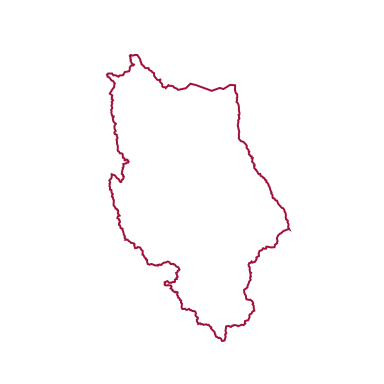 Calingasta, San Juan, Argentina, rotated 338°
{"feature_id": "61730980B6490927359782", "entity_name": "Calingasta", "entity_type": "district", "adm_level": 2, "iso_a3": "ARG", "parent_name": "Argentina", "parent_adm1": "San Juan", "projection": "orthographic", "projection_center": [-70.115, -31.449], "detail": "fine", "context": "isolated", "style": "outline", "palette": "rose", "viewbox_px": 384, "rotation_deg": 338, "n_neighbors": 0, "source": "geoboundaries", "source_scale": "gbopen_adm2", "svg_char_len": 6062}
<svg xmlns="http://www.w3.org/2000/svg" viewBox="0 0 384 384"><g transform="rotate(338 192 192)"><path d="M186.8,42.1L185.5,42.2L185.2,43.2L185.6,44.1L184.8,45.1L185.0,46.2L184.9,46.7L184.3,46.9L184.1,47.9L184.5,50.8L185.9,52.1L185.2,52.7L182.9,52.0L181.1,53.0L180.0,55.4L178.9,56.5L174.6,55.6L171.8,57.9L168.4,56.8L167.1,57.6L164.8,55.1L162.7,54.3L162.3,52.2L158.4,50.7L157.0,51.5L157.3,52.4L156.9,53.5L158.3,54.9L159.3,58.7L160.3,59.3L161.1,62.4L160.4,62.9L159.0,65.8L157.5,66.4L152.6,70.0L154.3,72.6L152.9,74.5L153.1,75.3L152.4,75.8L153.1,77.5L151.2,78.5L151.2,80.2L149.7,81.6L149.7,83.7L149.2,84.7L147.8,85.5L147.7,87.1L146.9,88.2L146.5,91.5L147.7,92.4L147.3,93.3L146.2,93.7L145.6,96.6L145.9,98.3L147.0,100.2L145.3,101.3L144.5,102.4L143.9,104.5L144.1,106.8L142.4,107.6L142.1,109.2L143.7,110.7L143.3,111.6L143.3,113.2L142.9,114.5L141.6,115.1L141.6,116.5L140.6,118.7L140.4,121.7L138.7,125.6L138.7,126.3L139.4,127.2L139.6,129.0L141.3,129.9L141.9,130.9L140.8,134.2L141.4,134.4L141.9,135.8L141.4,137.3L142.3,137.8L142.9,137.3L143.7,137.5L144.4,138.5L144.6,140.2L143.8,140.8L142.8,140.3L141.4,140.8L138.8,140.3L138.1,142.9L136.8,143.6L136.8,144.4L136.0,145.1L133.7,148.8L133.8,149.5L134.5,150.1L134.1,151.6L134.6,152.1L133.0,154.2L131.7,154.4L130.2,156.1L129.5,156.0L128.9,154.9L129.1,153.8L128.8,152.5L127.6,151.1L126.8,147.8L124.2,145.5L123.2,148.0L122.0,149.4L120.8,149.6L119.6,150.5L119.8,152.2L119.5,152.9L118.6,153.4L118.5,154.4L117.6,155.9L117.8,156.9L116.8,159.0L118.0,159.9L117.2,162.7L117.8,164.4L116.7,165.1L116.0,166.3L116.7,167.0L116.2,169.8L116.5,170.3L114.3,174.9L115.1,177.9L114.9,178.7L115.9,179.5L116.0,181.0L116.5,181.2L116.2,182.7L115.2,184.1L116.0,186.8L114.1,186.8L113.0,188.3L114.3,190.2L113.8,191.1L114.2,192.0L114.0,192.8L112.7,193.6L112.0,195.2L112.8,196.2L112.3,198.8L113.9,200.0L113.3,201.0L113.5,202.5L112.8,206.3L113.2,208.1L112.3,209.2L112.9,210.7L112.3,211.3L114.4,212.1L115.1,213.9L116.1,215.3L116.2,216.1L118.9,217.9L119.2,218.9L118.5,219.4L118.2,222.7L119.9,223.2L121.0,222.7L123.2,224.1L123.3,226.4L124.2,228.2L122.7,231.5L123.2,231.7L123.7,235.5L124.4,236.2L124.0,237.4L125.0,238.0L124.1,240.4L124.0,242.3L125.4,243.4L127.6,243.6L130.2,246.2L131.4,246.8L132.8,246.8L133.0,247.5L134.5,247.0L136.2,248.2L136.7,247.7L139.4,247.0L141.1,247.5L143.5,247.4L144.4,248.2L145.3,250.8L147.8,251.7L147.8,252.2L148.7,252.7L149.6,255.3L150.6,256.0L151.2,257.1L151.3,259.3L150.4,259.8L149.3,259.7L148.4,260.9L146.8,261.2L147.1,262.4L146.8,263.2L147.0,265.2L145.7,265.6L145.3,267.0L144.5,266.6L143.2,267.0L142.6,268.8L141.8,268.9L140.8,268.2L138.3,268.4L138.1,268.0L136.6,267.5L135.9,265.5L134.4,265.4L132.8,265.5L132.8,266.5L132.1,267.1L131.9,268.0L133.3,269.1L135.1,269.5L137.6,271.1L137.6,272.0L137.0,272.9L136.0,273.4L137.3,275.3L136.9,276.0L138.5,278.4L139.0,278.3L139.4,279.0L140.0,278.9L141.0,279.5L140.9,280.2L139.9,281.2L139.6,282.5L140.1,283.3L139.6,284.7L140.6,286.0L140.3,287.5L141.3,288.5L140.3,290.4L140.9,291.8L139.3,294.6L139.0,296.2L139.4,297.0L141.8,297.6L142.2,298.7L143.1,299.4L145.5,299.3L146.0,300.8L146.9,301.1L147.8,302.5L149.8,303.5L150.3,304.5L150.1,306.2L149.1,307.3L149.1,308.6L150.4,310.8L149.8,311.8L148.8,312.0L148.1,313.7L148.4,314.9L148.3,316.8L150.3,316.7L150.8,318.0L152.2,318.4L152.8,319.4L155.5,320.0L156.6,321.1L157.7,321.4L158.2,323.3L159.2,324.7L158.5,325.6L160.5,330.4L160.0,332.5L160.3,333.1L160.0,333.9L160.2,335.3L160.9,335.8L161.8,337.3L162.8,337.4L163.9,338.8L164.1,341.4L166.0,341.9L166.9,341.6L167.2,340.8L168.8,339.2L169.4,336.4L170.9,335.9L171.0,333.4L173.3,329.4L175.6,329.8L177.5,331.7L179.3,331.0L180.0,331.4L181.2,331.1L183.8,332.7L184.4,333.7L188.4,333.7L190.1,334.8L192.2,333.8L191.9,333.0L192.8,331.5L196.0,331.9L196.9,331.2L198.5,329.6L198.9,327.9L199.9,327.1L201.4,327.1L203.5,325.4L205.4,325.4L205.7,322.8L206.6,320.5L206.1,318.7L207.0,318.3L207.1,317.0L206.9,315.8L205.6,313.6L204.9,313.6L202.4,312.0L202.4,310.5L203.1,308.4L202.7,305.7L202.9,304.3L203.7,302.2L207.6,301.3L208.8,299.2L209.7,298.7L211.4,296.5L213.5,295.4L213.6,294.0L214.1,292.7L214.9,292.5L215.4,289.8L216.5,289.1L215.8,288.0L216.3,285.7L217.3,283.6L216.9,281.9L217.2,280.6L218.4,279.4L219.2,279.7L221.2,278.8L221.2,279.9L221.5,280.1L224.3,280.3L226.9,278.3L227.1,276.8L230.2,276.4L230.8,273.9L232.6,271.9L234.9,272.1L236.9,270.8L237.8,271.7L239.6,272.2L240.4,270.6L240.9,270.6L244.5,273.0L247.8,274.1L249.3,271.9L251.8,271.4L252.1,270.3L252.9,269.6L253.4,266.7L255.4,264.6L258.3,263.5L259.0,263.7L261.9,262.5L267.9,262.5L268.2,262.9L268.0,260.4L269.1,258.9L269.5,257.5L269.2,255.8L270.1,254.5L269.0,252.5L269.4,252.1L269.2,250.9L270.3,248.9L270.9,246.3L270.5,244.7L270.9,243.6L270.5,241.3L269.3,240.3L267.5,235.2L267.6,231.9L266.3,231.0L266.0,228.9L264.8,228.2L264.6,227.6L265.5,224.9L264.9,222.7L265.6,222.2L265.4,219.7L265.8,216.2L265.4,214.9L265.8,213.6L265.3,211.5L264.6,210.5L265.3,209.1L264.4,208.4L264.3,206.3L263.4,205.8L263.2,204.4L261.7,202.8L262.0,200.8L260.7,200.6L260.4,200.0L259.9,196.1L259.4,195.6L259.6,195.0L258.7,193.3L259.1,191.8L259.7,191.4L259.4,190.8L260.3,190.1L259.1,186.3L261.0,183.3L260.1,182.8L260.7,181.4L259.7,180.8L259.5,179.3L258.9,178.5L259.1,177.4L260.2,176.2L259.8,175.3L260.2,174.4L259.1,171.4L260.1,169.8L259.9,168.3L258.5,164.8L256.4,163.1L255.6,160.8L255.6,159.2L256.5,158.2L256.8,156.4L258.3,154.1L259.4,147.3L261.5,144.1L261.6,142.9L263.5,141.6L263.3,140.8L264.0,139.6L264.0,138.0L265.0,137.8L265.7,136.4L265.9,134.4L267.4,130.5L267.8,128.3L267.7,126.7L267.0,125.0L268.3,123.7L268.6,121.8L269.4,121.3L270.5,118.2L269.7,116.7L270.0,113.7L272.0,109.2L267.5,107.0L259.7,108.3L256.7,105.9L248.2,105.6L235.8,94.4L231.1,91.0L225.1,93.5L217.4,92.1L216.4,90.2L214.5,88.4L214.3,87.0L212.3,85.6L210.5,85.0L210.1,84.1L206.6,85.8L206.4,84.8L204.5,84.0L204.0,82.9L204.8,80.8L203.7,78.1L203.8,76.4L205.6,75.9L203.0,75.8L201.8,74.9L200.4,70.3L201.3,67.3L200.1,66.3L199.8,64.9L198.0,62.7L198.1,60.9L196.0,60.1L194.7,59.0L194.6,57.6L193.0,54.4L193.4,53.3L193.1,51.8L193.5,51.4L193.5,48.3L192.6,44.5L190.6,43.6L187.7,43.2L186.8,42.1Z" fill="none" stroke="#9f1239" stroke-width="2"/></g></svg>